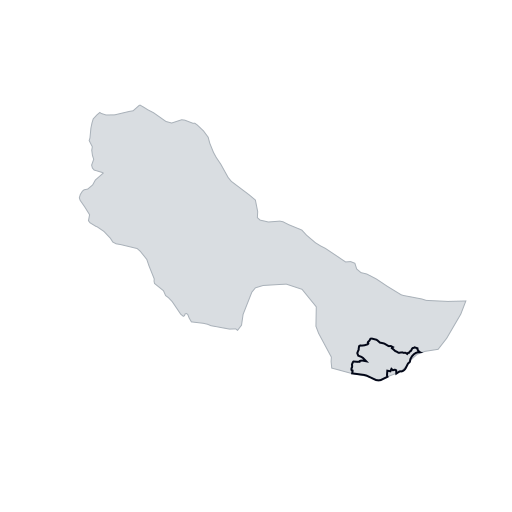 where Ventspils sits in Latvia, rotated 208°
{"feature_id": "LVA-934", "entity_name": "Ventspils", "entity_type": "Municipality", "adm_level": 1, "iso_a3": "LVA", "parent_name": "Latvia", "parent_adm1": "", "projection": "robinson", "projection_center": [21.854, 57.3], "detail": "fine", "context": "in_parent", "style": "outline", "palette": "ink", "viewbox_px": 512, "rotation_deg": 208, "n_neighbors": 0, "source": "natural_earth", "source_scale": "10m", "svg_char_len": 3283}
<svg xmlns="http://www.w3.org/2000/svg" viewBox="0 0 512 512"><g transform="rotate(208 256 256)"><path d="M372.4,344.5L369.4,344.1L361.1,341.8L354.0,338.4L349.7,333.8L342.3,327.6L337.5,324.4L330.0,320.4L317.4,312.2L312.8,310.3L290.8,306.8L282.8,305.1L275.3,295.9L272.8,290.5L269.2,289.6L265.3,290.7L261.1,291.8L251.3,298.0L248.2,298.9L242.0,299.0L227.7,300.4L221.2,298.1L209.8,295.6L203.7,295.2L198.3,295.3L174.1,292.8L169.8,295.5L165.3,296.0L161.0,291.8L155.6,290.6L149.7,292.1L138.9,292.2L126.1,290.9L109.8,289.9L107.4,290.3L89.4,295.9L84.9,296.7L65.2,306.0L49.6,314.8L47.9,300.8L49.0,272.9L51.4,259.1L62.2,251.0L67.6,244.8L70.7,236.4L71.7,228.6L73.8,222.2L89.3,203.9L101.6,201.9L118.1,196.8L136.5,192.6L140.1,198.0L142.0,202.1L164.4,217.1L170.1,222.1L178.9,239.4L199.7,248.2L216.0,245.4L223.0,241.2L235.9,233.3L241.6,227.6L242.7,222.1L240.0,198.4L236.3,188.1L237.4,181.7L239.7,182.1L245.1,179.0L263.1,173.3L266.7,173.0L270.8,171.9L282.1,167.5L285.8,169.8L288.9,172.4L290.6,172.5L291.4,171.5L291.1,169.8L291.9,168.6L295.2,169.3L308.6,176.4L313.7,178.1L317.2,178.6L321.4,181.9L332.7,184.1L334.2,185.9L335.1,188.0L345.9,197.1L350.8,201.7L360.3,205.8L364.4,206.8L380.7,202.6L385.2,201.1L389.0,201.1L392.9,203.3L401.8,206.3L409.9,207.2L411.3,207.0L418.1,207.4L420.5,208.5L422.3,214.3L430.2,218.9L437.4,222.6L439.3,224.4L440.0,227.8L439.7,231.7L438.9,233.7L436.0,236.1L433.6,242.0L433.5,247.7L429.8,257.5L430.7,257.6L439.3,255.9L441.8,256.9L443.8,259.1L444.7,265.2L447.6,268.0L450.7,272.3L451.8,275.6L457.5,279.6L458.0,282.2L461.8,291.4L463.3,296.6L464.1,300.7L462.7,305.9L461.3,309.4L459.6,309.2L454.6,310.1L447.0,314.3L435.6,324.3L432.7,326.5L429.9,334.0L429.2,334.8L422.4,334.5L420.5,334.3L413.7,334.4L398.7,332.5L392.9,333.8L385.6,341.4L382.7,342.5L373.9,343.6L372.4,344.5Z" fill="#d9dde1" stroke="#a8b0b8" stroke-width="1"/><path d="M66.2,248.0L68.1,246.8L69.4,245.4L70.5,243.3L71.2,240.7L71.3,237.7L71.1,236.9L70.5,234.9L70.6,234.1L71.1,233.0L71.3,232.4L71.2,227.6L71.3,226.1L71.7,224.7L72.4,223.4L73.3,222.4L74.3,222.0L75.1,221.4L76.9,218.1L77.8,219.6L78.6,220.9L80.0,220.8L81.5,219.4L83.4,219.9L83.2,217.3L86.2,216.4L84.4,212.3L83.8,211.6L83.2,211.1L87.6,205.0L89.4,203.7L91.8,202.8L102.3,202.3L104.8,201.7L116.0,197.5L116.7,199.8L117.0,200.2L117.7,200.0L118.3,200.3L119.0,201.8L118.9,202.6L119.2,203.5L119.7,204.4L120.2,205.0L120.4,205.5L120.6,207.8L120.4,208.6L116.5,210.3L115.7,210.9L114.9,211.2L115.0,211.7L115.0,212.1L114.4,212.7L112.8,213.7L109.3,214.8L113.6,216.2L115.6,216.4L118.9,216.0L119.7,216.7L120.7,217.5L121.0,217.9L121.3,220.1L121.3,221.4L121.8,222.3L122.6,224.7L122.3,224.9L122.2,225.6L121.9,226.0L120.6,226.5L118.3,228.1L116.0,230.4L115.7,231.4L115.8,231.6L116.6,232.0L116.7,232.9L116.3,233.8L116.2,234.4L116.1,234.7L116.1,235.1L116.1,236.3L116.1,236.6L115.9,236.9L114.8,237.5L110.4,238.6L109.2,238.5L105.8,237.7L104.7,238.1L102.1,238.8L101.2,238.9L96.8,238.7L96.3,238.8L95.7,239.2L94.7,239.8L92.4,239.8L92.8,239.0L92.8,238.7L92.8,238.4L91.5,238.2L88.3,237.4L87.2,237.6L85.6,237.5L85.0,237.5L84.3,237.6L83.4,238.4L81.5,239.6L80.4,239.7L78.4,240.8L76.5,240.5L76.3,241.8L75.5,242.3L75.3,244.0L74.6,245.1L74.7,247.1L74.5,248.2L73.5,249.0L73.1,249.8L70.1,250.3L69.5,249.3L68.2,248.5L66.4,248.0L66.2,248.0Z" fill="none" stroke="#020617" stroke-width="2"/></g></svg>